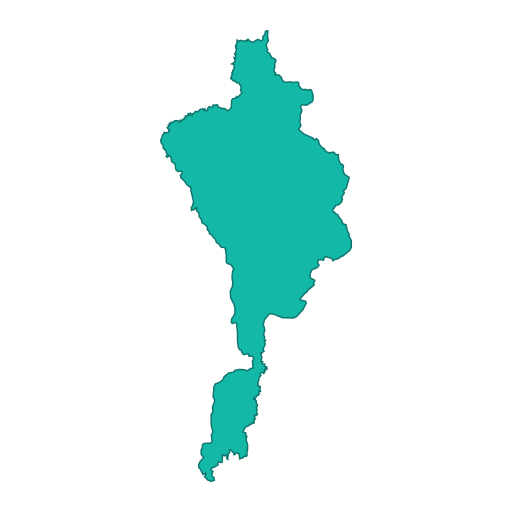 Montecristo, Bolívar, Colombia
{"feature_id": "7082276B84262983016086", "entity_name": "Montecristo", "entity_type": "district", "adm_level": 2, "iso_a3": "COL", "parent_name": "Colombia", "parent_adm1": "Bolívar", "projection": "albers", "projection_center": [-74.489, 7.93], "detail": "fine", "context": "isolated", "style": "filled", "palette": "teal", "viewbox_px": 512, "rotation_deg": 0, "n_neighbors": 0, "source": "geoboundaries", "source_scale": "gbopen_adm2", "svg_char_len": 6040}
<svg xmlns="http://www.w3.org/2000/svg" viewBox="0 0 512 512"><path d="M234.1,57.8L235.2,60.7L234.8,62.0L231.8,63.9L234.0,64.5L234.3,67.8L232.7,71.0L232.9,71.8L231.9,72.9L232.3,74.7L231.6,75.3L231.4,77.8L230.7,78.2L232.9,80.5L234.7,81.2L234.9,80.8L236.5,82.7L239.0,82.9L239.7,84.7L240.6,85.5L241.2,87.8L240.5,90.3L241.9,92.9L237.8,97.3L236.5,96.5L236.0,98.0L232.8,98.8L231.6,100.3L231.4,107.3L229.5,109.7L227.7,110.8L224.8,108.6L220.4,108.1L217.7,106.3L217.4,104.8L213.0,105.2L212.9,106.8L210.7,107.2L209.2,106.6L207.7,108.4L207.5,110.4L206.7,111.0L205.6,110.5L204.9,108.9L203.8,110.2L203.0,108.8L200.0,109.5L198.1,111.7L195.2,111.5L194.6,112.9L192.0,114.1L192.0,115.6L190.9,114.7L190.5,113.2L189.3,113.9L188.2,113.5L188.0,114.6L188.8,115.7L185.3,116.0L185.7,117.5L184.4,117.9L184.0,119.5L182.5,119.4L181.3,121.4L180.2,120.2L179.1,122.2L178.2,120.9L176.0,120.6L174.3,121.0L173.5,122.1L171.0,122.3L170.5,123.7L169.4,123.4L169.5,124.9L168.3,125.2L168.7,126.3L167.2,127.7L169.0,129.9L169.7,129.9L169.5,130.6L168.7,131.0L167.9,132.9L164.0,132.4L163.9,134.1L162.5,135.0L161.6,138.7L160.7,139.8L161.2,143.0L163.1,145.2L163.4,148.6L166.1,150.7L166.3,152.9L168.0,154.5L166.4,155.5L166.3,156.8L167.6,157.2L169.1,155.8L170.1,156.0L171.2,158.0L171.6,161.4L175.1,164.1L175.9,169.7L177.9,171.5L181.2,171.2L182.3,172.0L182.2,173.5L180.4,175.1L181.0,177.9L184.6,181.2L186.6,184.4L189.7,186.9L190.6,186.9L191.0,190.8L193.6,201.7L192.2,206.6L191.3,207.5L191.5,210.3L194.0,209.6L195.7,207.8L196.9,207.8L196.3,210.1L199.0,213.4L199.3,216.7L201.5,219.8L201.9,222.7L204.9,224.4L207.3,226.8L207.4,229.7L209.1,231.5L209.6,233.9L212.0,235.1L213.4,237.6L215.1,238.6L216.5,242.5L218.5,243.6L221.0,247.1L224.3,247.5L225.3,248.5L226.3,254.9L226.3,262.4L227.8,263.6L231.1,264.8L233.8,269.3L232.7,271.0L232.0,277.1L232.8,282.7L232.5,286.2L230.3,291.4L230.7,297.8L233.9,304.1L235.0,308.3L234.9,313.9L231.7,318.9L231.3,322.6L232.8,323.5L235.0,322.5L236.6,323.3L237.5,332.5L237.5,341.1L238.4,347.3L239.5,349.6L241.2,350.1L241.9,352.6L243.6,354.6L248.2,353.7L249.1,356.2L252.4,356.2L253.8,357.9L252.5,361.1L253.0,368.0L250.4,368.6L247.3,370.9L244.3,369.7L239.0,369.5L234.9,370.4L233.3,372.4L229.0,372.8L224.1,376.7L222.8,379.9L219.5,382.4L215.3,383.9L214.0,386.7L213.1,396.9L214.5,399.4L214.7,401.4L212.9,405.7L212.5,408.3L213.0,411.7L211.2,414.4L211.1,415.9L211.3,425.6L212.7,430.8L212.6,432.8L211.3,434.9L212.1,441.8L210.6,443.1L203.9,443.5L202.5,444.6L202.3,447.6L201.1,450.3L201.2,454.2L202.0,455.7L203.4,456.4L203.3,457.9L199.7,462.2L198.6,465.4L199.0,467.9L199.9,468.4L203.0,474.5L205.5,473.1L205.9,474.2L204.6,476.7L205.1,477.4L206.7,478.5L207.3,479.8L211.3,481.3L214.4,480.2L213.9,477.5L212.1,476.3L211.9,474.3L212.9,471.6L211.2,470.0L211.5,467.9L213.9,467.3L218.0,464.9L217.8,463.4L218.5,461.7L221.0,462.6L222.3,462.0L222.4,454.7L224.4,455.8L226.3,455.0L226.9,458.8L227.8,459.3L227.5,456.9L228.3,455.9L227.7,453.8L229.6,452.8L229.4,450.1L230.2,449.6L233.8,453.0L233.9,454.6L235.1,454.4L234.8,453.4L235.4,453.1L236.9,452.9L239.2,454.1L239.7,458.9L243.3,457.5L244.7,455.9L246.4,456.4L247.2,454.9L246.7,452.9L247.5,450.6L247.6,444.7L246.0,439.7L246.8,436.4L245.7,436.5L245.8,433.0L243.4,432.2L243.2,431.1L245.6,426.9L248.5,425.9L249.2,424.5L250.9,424.5L252.5,422.8L253.3,423.3L254.2,422.8L253.6,420.7L255.3,419.0L254.4,418.4L254.9,417.0L254.2,415.7L255.1,414.9L256.1,415.5L257.5,414.4L256.6,412.1L257.0,409.7L256.2,407.6L257.2,406.6L257.4,404.7L256.0,403.0L256.3,400.9L255.2,400.0L255.4,398.7L254.1,399.3L253.4,398.6L254.7,396.8L256.4,396.7L256.9,395.5L258.4,395.2L259.4,393.6L258.4,392.1L259.2,391.3L260.5,391.4L259.8,389.4L260.3,386.9L259.4,387.1L259.5,386.2L257.4,385.3L258.2,383.6L257.7,382.1L258.7,380.8L258.7,378.5L260.9,375.4L260.3,374.8L260.4,373.1L262.1,372.3L263.7,373.5L265.1,371.1L264.3,370.4L265.4,368.4L266.5,368.5L266.2,369.4L267.0,369.1L266.7,366.9L264.6,366.7L264.7,364.1L262.3,363.9L262.1,362.4L262.6,361.8L261.1,361.6L261.8,357.1L260.9,355.1L261.5,353.8L260.6,353.3L264.0,351.3L263.1,349.0L265.3,344.1L264.4,342.2L265.6,340.4L264.2,339.0L264.7,337.0L263.5,334.8L264.8,330.0L263.9,326.2L263.0,325.7L264.4,319.9L269.5,313.6L273.5,314.1L282.5,317.7L293.1,318.0L296.3,316.8L302.9,309.7L306.1,303.4L306.1,301.9L305.3,301.2L300.1,299.9L300.0,299.0L304.0,294.2L307.1,291.7L307.6,290.4L314.1,285.0L313.6,283.3L314.8,280.3L310.4,278.0L310.0,274.4L311.4,270.6L312.7,269.4L317.0,267.7L319.1,265.2L317.8,263.3L317.8,260.3L320.6,259.6L323.5,260.2L324.1,257.8L326.0,256.7L331.5,258.3L333.1,260.8L334.2,259.6L338.1,258.7L341.6,256.2L342.7,256.1L349.7,250.4L351.3,247.4L351.3,240.8L348.9,235.6L349.1,233.9L347.2,230.5L346.8,227.4L345.9,226.8L346.2,224.8L342.4,223.7L342.5,222.6L341.3,219.9L338.4,216.4L337.7,214.5L335.5,213.9L334.4,212.0L332.9,211.7L332.6,210.1L335.8,205.5L339.2,204.4L341.3,202.3L342.4,199.6L341.8,196.7L344.3,193.0L343.4,190.8L346.2,188.2L349.2,177.4L344.3,174.3L342.8,169.3L343.5,166.0L342.4,164.4L341.2,164.5L339.3,161.7L338.2,156.8L338.5,154.9L335.0,154.2L334.5,152.6L332.8,152.1L329.7,152.9L326.1,151.7L323.8,148.3L322.2,147.7L319.3,144.4L318.5,141.0L317.4,139.3L316.1,138.7L315.5,139.6L314.1,139.7L313.0,138.1L304.1,134.2L298.6,129.5L300.9,125.6L299.8,122.0L300.4,117.9L299.9,116.1L302.0,110.2L300.8,108.1L300.7,106.3L301.7,104.9L306.9,105.1L312.3,101.5L313.0,100.0L313.1,95.2L311.5,90.3L310.2,89.5L307.8,90.3L306.2,89.5L302.3,89.6L299.8,87.1L298.4,84.1L298.8,83.0L297.5,82.0L292.2,82.5L290.4,81.8L286.8,82.4L283.8,81.8L281.7,79.1L281.5,77.7L279.3,75.3L278.0,74.8L275.1,74.9L275.7,73.2L273.7,70.8L274.7,67.4L274.9,63.0L275.7,61.8L275.6,59.6L271.6,57.3L269.2,52.9L267.7,52.4L267.0,51.3L267.8,49.5L267.0,48.7L266.2,44.2L268.3,40.8L267.5,36.2L267.9,31.0L266.5,30.7L265.2,31.8L265.0,34.5L263.0,36.2L263.0,38.6L262.2,40.6L261.4,41.0L257.8,39.4L252.9,42.3L250.4,41.5L248.0,39.3L247.3,39.5L247.2,41.0L245.2,40.5L243.9,41.4L241.1,40.3L238.6,41.2L237.2,40.1L236.8,43.3L235.4,46.1L236.1,47.0L235.8,47.9L236.6,48.5L235.5,52.9L234.8,53.7L235.6,54.0L234.9,54.3L235.6,55.1L235.4,58.4L234.1,57.8Z" fill="#14b8a6" stroke="#0f766e" stroke-width="1.5"/></svg>